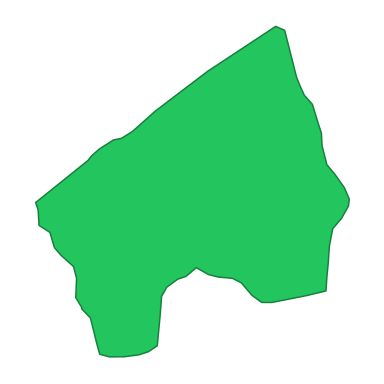 Yangyang-gun, Gangwon, South Korea, rotated 267°
{"feature_id": "91817680B9940099959324", "entity_name": "Yangyang-gun", "entity_type": "district", "adm_level": 2, "iso_a3": "KOR", "parent_name": "South Korea", "parent_adm1": "Gangwon", "projection": "albers", "projection_center": [128.559, 38.003], "detail": "fine", "context": "isolated", "style": "filled", "palette": "green", "viewbox_px": 384, "rotation_deg": 267, "n_neighbors": 0, "source": "geoboundaries", "source_scale": "gbopen_adm2", "svg_char_len": 888}
<svg xmlns="http://www.w3.org/2000/svg" viewBox="0 0 384 384"><g transform="rotate(267 192 192)"><path d="M81.2,75.6L71.5,84.0L45.4,89.0L34.8,91.4L31.7,100.8L31.0,115.7L32.2,130.6L34.7,139.9L40.3,149.3L70.2,153.7L89.4,156.2L98.2,161.8L105.6,173.0L108.1,181.7L116.2,192.3L108.7,204.1L105.6,214.1L103.7,227.8L98.7,236.5L85.6,246.5L78.1,255.8L77.5,265.8L82.5,300.7L86.2,320.6L90.4,321.1L101.8,322.5L114.3,324.4L130.5,326.3L147.9,330.6L157.9,340.0L169.8,347.5L176.6,348.7L188.5,344.3L202.2,335.6L212.2,328.1L231.5,324.3L244.0,324.3L253.3,321.8L273.3,316.8L282.6,309.3L291.9,305.6L301.3,302.4L348.6,293.0L353.0,284.2L311.7,213.9L274.9,159.8L255.5,135.6L249.3,124.4L248.1,116.3L240.0,102.0L233.7,94.0L228.8,89.6L189.7,35.3L182.1,37.4L166.6,37.5L159.1,48.0L143.6,51.7L135.5,58.0L123.7,69.8L111.9,72.2L92.6,70.4L82.1,76.0L81.2,75.6Z" fill="#22c55e" stroke="#15803d" stroke-width="1.5"/></g></svg>